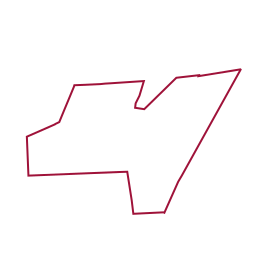 Chipinge Urban, Manicaland, Zimbabwe (Mercator projection), rotated 283°
{"feature_id": "62879985B32287047423365", "entity_name": "Chipinge Urban", "entity_type": "district", "adm_level": 2, "iso_a3": "ZWE", "parent_name": "Zimbabwe", "parent_adm1": "Manicaland", "projection": "mercator", "projection_center": [32.63, -20.201], "detail": "fine", "context": "isolated", "style": "outline", "palette": "rose", "viewbox_px": 256, "rotation_deg": 283, "n_neighbors": 0, "source": "geoboundaries", "source_scale": "gbopen_adm2", "svg_char_len": 561}
<svg xmlns="http://www.w3.org/2000/svg" viewBox="0 0 256 256"><g transform="rotate(283 128 128)"><path d="M93.6,191.1L210.2,224.6L210.4,224.3L194.4,185.1L195.4,185.2L188.1,164.6L187.8,163.8L150.0,139.6L149.3,130.4L153.8,129.9L162.0,131.9L177.3,132.9L167.6,100.8L166.2,96.0L165.9,95.1L164.6,91.3L160.3,76.0L157.6,66.1L155.9,66.0L145.7,64.3L131.6,61.9L118.3,59.7L115.5,56.2L115.2,56.1L111.9,51.7L96.8,31.4L59.2,41.7L83.0,128.8L85.2,137.1L58.3,147.9L45.6,152.5L53.8,181.5L53.6,182.5L87.0,189.0L93.6,191.1Z" fill="none" stroke="#9f1239" stroke-width="2"/></g></svg>